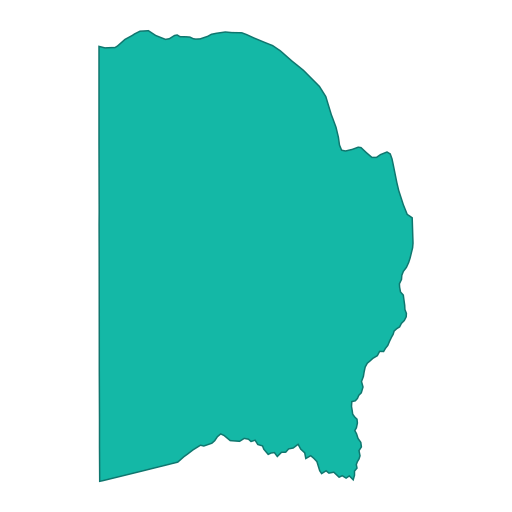 Exu, Pernambuco, Brazil (Equal Earth projection)
{"feature_id": "56859067B93909789229404", "entity_name": "Exu", "entity_type": "district", "adm_level": 2, "iso_a3": "BRA", "parent_name": "Brazil", "parent_adm1": "Pernambuco", "projection": "equal_earth", "projection_center": [-39.683, -7.516], "detail": "fine", "context": "isolated", "style": "filled", "palette": "teal", "viewbox_px": 512, "rotation_deg": 0, "n_neighbors": 0, "source": "geoboundaries", "source_scale": "gbopen_adm2", "svg_char_len": 2313}
<svg xmlns="http://www.w3.org/2000/svg" viewBox="0 0 512 512"><path d="M99.0,46.4L99.0,144.0L99.1,180.5L99.2,211.8L99.1,224.3L99.2,257.9L99.3,353.7L99.3,370.2L99.5,419.3L99.5,435.8L99.5,446.9L99.7,481.3L102.7,480.7L141.8,471.1L177.8,462.1L183.9,456.7L187.5,454.1L190.5,451.8L193.1,449.8L200.5,445.2L203.8,446.0L211.9,443.2L214.7,440.7L217.4,436.7L220.7,433.9L224.1,435.5L230.2,440.6L239.6,441.3L244.2,438.4L248.5,439.2L251.0,441.5L255.1,440.2L257.8,444.5L262.5,445.9L263.8,449.2L268.2,454.4L271.1,453.0L274.4,452.6L277.3,456.5L281.5,452.3L285.7,452.2L288.6,448.9L293.2,448.0L298.1,444.3L300.7,449.1L304.7,452.8L305.8,458.5L310.7,455.7L313.7,458.2L316.9,461.6L319.7,470.7L321.6,473.6L326.1,470.8L328.9,473.1L333.8,472.2L339.1,477.2L342.2,475.7L346.1,478.1L349.3,475.9L353.2,479.8L354.5,475.3L354.5,471.1L357.0,468.1L356.3,464.6L357.4,461.6L359.0,459.0L360.0,455.8L359.0,450.6L361.4,446.9L360.8,442.4L358.0,438.4L356.5,433.7L354.8,430.6L356.4,427.8L357.4,423.0L357.0,419.2L354.8,417.1L352.7,414.2L352.2,410.6L351.5,406.4L351.8,401.6L355.3,400.8L357.4,398.5L358.8,395.3L361.3,392.8L363.0,387.0L361.5,381.5L363.4,376.4L364.1,372.0L365.2,367.0L367.3,363.2L370.3,360.7L372.9,358.3L377.3,355.7L379.6,351.4L383.6,351.5L385.5,348.3L387.8,345.4L389.6,341.1L391.5,337.2L393.1,334.4L394.1,331.1L396.7,328.7L399.6,326.9L401.4,323.4L404.3,320.5L406.2,316.8L406.4,313.4L404.9,309.5L404.7,305.3L403.9,299.6L403.3,295.1L400.5,292.0L399.6,287.2L399.4,283.8L401.5,279.4L401.8,275.3L403.4,271.3L406.4,267.4L408.6,262.6L410.1,258.0L411.2,253.5L412.6,247.8L413.0,243.2L412.2,217.8L407.2,214.4L403.3,204.7L398.7,190.5L396.8,182.5L395.7,177.0L393.1,164.1L392.0,158.9L390.2,153.9L387.0,152.0L380.5,154.6L376.5,157.4L371.9,157.4L366.3,152.6L361.0,147.6L358.2,147.2L352.3,149.4L345.5,151.0L341.6,150.2L339.5,145.1L338.4,137.3L336.0,127.3L332.5,117.8L331.3,114.7L327.4,101.9L325.8,96.6L319.4,86.4L303.4,70.3L291.5,60.7L280.4,50.9L272.8,45.7L264.6,42.4L254.0,38.0L246.6,34.6L241.8,32.8L231.8,32.6L225.3,32.0L216.3,33.3L211.4,34.3L207.8,36.3L200.1,38.9L195.7,39.1L193.2,38.7L189.9,37.1L186.2,36.8L180.0,36.7L177.2,35.0L174.5,35.5L169.4,38.7L165.5,39.4L155.7,35.5L148.4,30.7L145.5,30.9L140.0,31.2L134.6,33.9L132.2,35.5L125.0,39.4L117.4,46.1L114.9,47.6L111.8,47.6L105.0,47.9L99.0,46.4Z" fill="#14b8a6" stroke="#0f766e" stroke-width="1.5"/></svg>